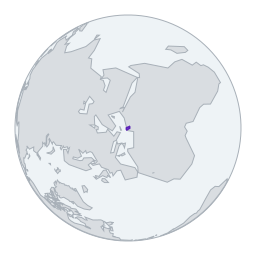 the Earth from above Al Qubbah, rotated 240°
{"feature_id": "LBY-2986", "entity_name": "Al Qubbah", "entity_type": "Municipality", "adm_level": 1, "iso_a3": "LBY", "parent_name": "Libya", "parent_adm1": "", "projection": "orthographic", "projection_center": [22.615, 31.87], "detail": "fine", "context": "on_globe", "style": "filled", "palette": "violet", "viewbox_px": 256, "rotation_deg": 240, "n_neighbors": 0, "source": "natural_earth", "source_scale": "10m", "svg_char_len": 10264}
<svg xmlns="http://www.w3.org/2000/svg" viewBox="0 0 256 256"><g transform="rotate(240 128 128)"><circle cx="128" cy="128" r="113" fill="#eef3f6" stroke="#a8b0b8"/><path d="M99.6,19.0L104.5,17.9L118.2,16.0L122.3,15.5L121.6,15.7L126.2,15.4L128.1,15.4L127.7,15.4L132.7,15.5L133.0,15.5L135.7,15.7L135.7,15.9L130.9,16.0L134.4,16.3L136.6,16.8L131.4,16.5L134.8,17.4L127.5,18.4L113.5,18.7L109.6,20.5L95.6,24.5L97.0,24.8L92.5,26.9L92.5,28.0L89.9,28.7L92.1,29.1L94.5,28.2L96.2,28.2L96.4,28.8L93.2,29.8L92.6,29.6L91.7,30.2L90.0,30.4L91.0,30.7L87.0,31.9L91.2,31.8L88.2,33.7L85.5,34.3L85.5,32.8L79.1,31.3L76.4,32.0L72.5,34.1L65.8,40.8L62.9,42.3L59.1,45.4L60.8,45.0L64.4,42.5L66.7,43.0L70.8,40.2L72.3,40.1L76.6,38.1L76.2,40.1L73.5,43.2L69.9,45.0L68.7,46.5L72.3,46.3L65.9,51.6L62.0,58.5L60.3,59.9L56.6,59.3L56.0,55.1L51.1,55.6L54.5,57.1L50.2,61.0L49.6,62.5L50.0,63.6L51.7,62.9L50.3,64.7L46.4,63.6L47.6,61.9L48.9,62.2L48.5,60.4L45.9,60.2L43.9,62.4L42.0,60.7L40.5,62.4L39.3,63.1L41.7,60.4L37.3,65.4L34.7,65.9L28.7,75.2L34.3,65.8L36.1,62.9L37.3,61.2L42.6,54.5L48.4,48.3L54.7,42.5L61.4,37.2L68.4,32.4L75.8,28.2L83.5,24.5L91.5,21.4L99.6,19.0ZM18.4,102.1L18.3,103.0L17.1,108.5L18.0,105.3L17.3,109.7L17.8,115.8L17.5,116.6L17.8,128.6L20.1,137.4L20.6,142.9L20.1,144.7L21.3,147.5L21.4,149.2L28.1,160.1L33.1,168.6L33.9,174.3L31.8,177.4L34.4,188.3L31.8,186.5L33.5,189.3L29.2,182.2L25.5,174.8L22.4,167.1L19.8,159.3L17.8,151.3L16.4,143.1L15.6,134.9L15.4,126.7L15.8,118.4L16.8,110.2L18.4,102.1ZM27.6,77.0L27.1,77.9L23.1,88.2L23.8,85.4L23.9,85.2L25.3,81.9L27.3,77.5L27.5,77.2L27.6,77.0ZM28.9,75.6L29.5,74.2L29.2,75.2L28.9,75.6ZM136.0,15.7L136.7,15.8L137.8,15.9L136.0,15.7ZM76.5,37.3L76.5,37.7L75.7,37.8L76.5,37.3ZM78.3,36.1L77.4,35.9L78.1,35.3L78.7,35.4L78.3,36.1ZM138.8,16.4L140.3,16.7L137.9,16.3L138.8,16.4ZM79.4,36.4L79.5,34.3L80.8,33.4L84.1,33.0L79.4,36.4ZM140.7,16.9L144.6,18.1L146.3,18.1L143.5,19.0L141.2,17.6L137.9,17.0L140.2,17.1L140.7,16.9ZM95.1,27.7L92.6,28.6L94.5,27.2L95.1,27.7ZM95.9,26.9L99.3,23.3L103.2,22.5L101.3,23.8L106.1,22.4L106.3,23.7L103.7,24.8L101.2,25.0L103.2,25.3L95.9,26.9ZM141.4,19.5L141.6,19.9L140.5,19.5L141.4,19.5ZM97.1,28.0L97.4,27.3L100.8,26.5L100.7,27.8L99.7,27.7L97.1,28.0ZM107.2,21.5L109.7,21.3L110.6,22.3L111.6,22.3L106.6,23.7L107.2,21.5ZM99.0,28.2L100.6,28.6L99.2,29.6L97.0,28.7L99.0,28.2ZM101.7,25.8L103.3,25.5L102.4,26.1L101.7,25.8ZM95.1,33.9L95.5,32.8L97.2,32.3L95.1,33.9ZM101.3,28.7L101.8,28.3L102.5,28.0L103.2,28.5L101.3,28.7ZM107.6,24.4L107.4,24.9L109.7,23.8L110.4,24.7L106.9,25.5L108.7,25.5L108.9,25.7L105.8,26.2L107.6,24.4ZM106.2,28.3L102.0,29.9L101.0,31.8L99.4,32.3L101.3,29.1L106.2,28.3ZM106.3,27.0L105.8,27.8L104.1,27.9L103.2,27.3L106.3,27.0ZM112.1,25.0L111.9,23.5L112.7,23.4L112.1,25.0ZM106.2,28.8L107.2,28.4L106.4,28.9L106.2,28.8ZM110.7,26.1L110.5,25.5L111.4,25.4L110.7,26.1ZM109.4,28.2L108.1,28.7L107.5,28.2L109.4,28.2ZM110.3,27.2L111.5,27.2L108.1,27.8L110.1,27.0L110.3,27.2ZM111.6,26.1L112.0,25.8L111.5,26.3L111.6,26.1ZM112.5,29.6L108.2,30.5L106.9,29.5L111.2,28.8L112.5,29.6ZM64.9,165.3L57.6,147.6L61.0,142.3L61.4,134.9L84.3,114.5L89.4,117.0L107.7,116.0L110.0,117.2L108.1,123.1L122.0,131.1L126.2,126.1L138.6,129.7L146.7,128.8L149.2,117.3L135.9,118.4L133.4,113.0L143.8,107.4L155.4,106.7L154.8,104.6L147.3,100.7L149.7,96.4L144.6,99.0L146.9,101.0L143.7,102.8L141.5,101.2L142.5,99.6L139.0,99.0L135.3,106.9L137.2,109.8L128.0,111.6L130.2,116.6L127.8,119.1L123.2,111.5L123.5,108.7L115.1,100.4L113.9,103.5L121.8,111.6L119.4,111.0L117.9,115.7L117.2,111.6L108.9,102.4L100.5,103.6L90.2,114.2L85.2,114.4L80.9,111.2L84.4,99.6L95.1,100.6L96.4,97.0L94.0,91.1L97.5,92.0L97.8,89.9L101.8,90.1L107.2,85.5L111.2,85.3L113.1,79.0L115.5,78.2L113.7,82.0L114.6,84.8L124.6,84.7L126.5,83.4L126.9,79.4L129.6,80.1L128.7,76.3L134.4,74.7L126.8,73.6L127.0,69.4L130.3,66.2L129.0,64.8L123.7,70.1L122.8,72.5L124.2,74.7L120.6,81.5L117.2,82.6L115.9,75.1L110.9,76.0L112.0,70.2L125.7,58.7L131.5,56.5L141.7,61.3L140.4,63.9L136.2,63.4L140.3,67.5L139.9,65.4L142.1,66.1L143.0,62.7L144.6,63.0L142.6,59.3L144.7,59.3L146.0,61.7L149.0,57.1L153.3,56.6L153.2,55.5L151.9,54.4L158.2,54.7L157.8,53.8L155.6,53.4L153.5,51.4L152.2,48.3L154.4,48.5L155.2,49.7L160.2,52.8L162.0,56.2L162.8,56.0L161.8,53.2L155.6,49.4L154.2,47.4L157.3,48.8L156.1,48.1L156.1,47.3L158.2,46.8L154.9,45.1L151.8,36.4L155.5,34.9L158.7,36.9L158.9,32.1L163.1,31.4L161.1,30.9L159.8,28.6L158.4,28.8L157.4,28.4L153.5,23.5L154.3,22.8L150.3,20.8L149.3,20.6L148.4,20.9L143.5,19.0L146.3,18.1L148.6,18.5L148.8,17.9L153.9,19.1L158.2,20.0L163.6,22.1L166.6,22.9L166.3,22.6L170.1,23.7L178.8,27.6L172.9,25.6L160.1,21.5L165.4,23.1L164.5,23.2L166.7,24.2L170.4,25.5L170.6,25.3L178.4,30.9L188.1,36.8L186.6,34.5L188.5,34.8L198.2,41.1L211.7,55.1L214.3,56.9L216.4,59.2L218.2,62.2L215.3,58.9L214.7,59.2L212.7,57.0L214.7,61.1L212.0,58.3L214.9,63.2L216.9,64.7L216.1,61.8L219.8,67.7L222.6,69.6L226.0,74.5L231.7,87.8L232.8,94.9L233.5,96.9L232.4,96.5L233.3,102.2L237.4,109.1L238.1,112.1L238.4,121.3L238.0,119.2L235.0,118.4L236.2,126.2L238.5,128.7L239.4,134.5L238.4,135.0L237.3,130.0L236.2,129.6L235.2,123.0L231.9,115.3L230.7,119.6L229.6,115.8L224.8,110.8L222.5,116.9L219.6,132.3L221.2,142.5L219.3,148.6L212.1,137.7L208.4,128.8L206.0,131.2L198.4,125.7L185.9,130.5L183.9,128.3L181.6,130.4L176.1,129.3L173.0,125.6L169.8,126.8L178.2,136.5L181.6,135.2L184.1,129.8L185.8,133.6L191.0,135.5L186.1,147.5L167.2,161.3L164.9,153.9L148.7,134.3L149.0,131.7L148.9,131.5L148.7,131.0L147.6,135.3L144.6,131.2L153.7,145.6L155.4,151.9L166.9,161.8L165.9,163.2L169.5,164.9L180.6,159.2L180.7,161.7L175.7,174.7L160.0,192.6L161.9,201.5L160.5,209.0L150.3,215.1L150.9,220.0L145.6,222.3L145.0,224.9L140.5,227.9L133.2,230.7L121.1,230.8L120.7,228.7L115.1,224.1L107.5,211.4L110.8,205.4L109.8,200.3L101.1,187.6L103.0,180.8L100.6,177.5L95.7,177.7L92.9,173.7L89.8,173.2L70.8,171.8L64.9,165.3ZM76.8,126.4L76.2,128.6L76.8,126.4ZM167.9,111.8L174.6,110.6L171.0,104.2L173.2,103.3L171.2,101.6L170.7,103.8L165.5,98.9L168.2,96.2L167.0,93.3L164.7,93.6L160.7,99.5L168.1,106.3L166.8,109.6L167.9,111.8ZM17.9,115.9L17.8,117.8L17.6,116.8L17.9,115.9ZM23.1,87.1L22.6,88.5L22.1,89.9L22.3,89.3L23.1,87.1ZM21.2,97.9L21.1,99.8L20.8,98.7L21.2,97.9ZM22.6,89.8L21.3,96.6L20.9,95.1L21.9,90.9L21.7,92.5L22.6,89.8ZM27.5,77.9L27.0,79.0L26.6,79.7L27.5,77.9ZM28.7,76.3L28.7,76.1L29.3,74.9L28.7,76.3ZM50.4,61.1L50.7,61.2L50.7,62.5L50.0,62.5L50.4,61.1ZM55.5,65.6L53.1,68.5L54.3,66.3L52.7,66.6L53.2,62.5L59.5,60.4L56.6,62.0L55.5,65.6ZM55.6,56.9L54.6,59.5L55.5,56.8L55.6,56.9ZM95.6,78.9L97.1,80.4L95.6,82.7L90.5,83.8L92.5,80.4L95.6,78.9ZM99.4,82.2L99.5,74.9L102.6,74.2L100.9,75.8L103.0,76.1L100.6,78.7L103.6,85.5L102.6,88.0L93.7,88.1L97.2,86.5L95.6,85.0L99.4,82.2ZM94.0,60.1L94.0,57.6L100.8,59.2L100.0,61.4L94.8,62.3L92.8,60.4L94.0,60.1ZM85.2,36.5L84.8,36.0L85.7,35.7L86.8,35.9L85.2,36.5ZM95.1,33.4L88.0,38.7L87.1,38.3L83.9,42.3L80.5,42.8L82.7,40.2L77.6,43.7L78.2,41.6L75.0,44.2L80.2,38.2L80.6,36.7L81.5,38.2L84.7,37.7L86.2,37.0L90.6,34.0L92.8,30.6L96.3,29.9L98.2,30.2L98.2,30.9L95.9,31.1L97.5,31.9L94.2,32.8L95.1,33.4ZM118.2,38.6L115.6,37.9L118.3,40.8L115.0,41.2L115.5,41.5L113.2,42.8L111.3,44.9L109.8,44.8L109.7,45.7L108.2,46.6L107.6,47.9L104.7,48.2L103.7,49.8L102.8,49.1L101.9,51.8L101.3,50.0L99.3,51.2L100.9,52.3L86.5,52.4L81.0,54.4L76.7,57.1L76.2,53.9L79.8,49.5L85.5,45.2L90.9,44.0L89.7,42.9L91.9,42.1L92.0,43.2L93.3,41.0L95.1,40.6L100.2,37.7L100.9,34.9L102.7,33.9L103.4,34.8L104.8,33.1L107.3,34.3L108.7,33.6L112.5,34.3L112.9,36.7L114.5,35.8L117.5,36.4L118.2,38.6ZM113.5,29.9L114.8,32.3L113.6,33.9L107.4,32.2L105.8,32.6L101.8,31.9L103.6,29.8L104.6,30.1L105.9,30.0L104.8,30.7L106.7,30.1L108.2,30.6L110.0,30.4L109.9,31.2L113.5,29.9ZM112.5,115.0L114.3,115.3L117.1,115.2L116.2,118.3L112.5,115.0ZM106.8,108.8L108.4,108.5L108.4,112.5L106.6,112.3L106.8,108.8ZM109.2,105.1L108.4,108.2L107.7,106.4L109.2,105.1ZM115.1,81.7L116.8,81.2L117.0,82.1L116.1,83.5L115.1,81.7ZM125.5,48.4L124.2,47.5L124.7,47.0L123.7,44.3L126.1,44.0L127.6,45.5L125.5,48.4ZM147.0,119.5L144.7,121.9L143.4,121.0L144.5,120.3L147.0,119.5ZM129.7,120.5L133.7,121.7L129.4,121.3L129.7,120.5ZM127.9,47.6L127.3,46.4L128.9,47.0L127.9,47.6ZM127.8,43.7L129.6,44.0L126.3,43.7L127.8,43.7ZM178.8,203.9L170.3,217.4L165.3,218.6L164.8,215.5L168.2,207.7L174.2,204.2L177.3,200.0L178.8,203.9ZM239.3,145.6L238.9,146.9L239.3,144.6L239.7,142.4L239.3,145.6ZM239.3,144.8L238.4,144.2L235.0,136.5L236.3,134.7L239.3,136.9L239.2,138.7L239.8,139.8L239.3,144.8ZM240.4,135.1L240.4,135.4L240.4,131.1L240.4,127.7L240.5,126.4L239.6,112.8L240.6,123.9L240.4,135.1ZM221.6,143.1L224.0,147.6L222.7,149.6L221.6,143.1ZM238.4,105.6L239.1,109.4L237.6,102.1L237.7,102.6L238.4,105.6ZM236.7,98.5L236.6,98.0L236.3,97.2L236.7,98.5ZM234.6,99.6L234.6,101.5L234.0,100.2L233.7,96.9L234.6,99.6ZM228.6,78.8L230.7,82.8L231.4,84.4L230.4,82.7L228.6,78.8ZM147.1,45.0L145.8,48.9L146.5,52.0L149.3,53.8L144.8,53.1L143.8,48.4L147.1,45.0ZM151.0,37.3L148.5,36.0L149.9,35.7L150.6,35.9L151.0,37.3ZM149.2,37.1L145.6,37.3L144.4,36.0L147.5,36.1L149.2,37.1ZM136.8,42.0L136.2,43.1L135.0,42.6L136.8,42.0ZM236.2,96.8L236.3,97.0L233.8,89.7L233.3,88.2L235.4,94.2L235.5,94.4L236.2,96.8ZM216.8,58.9L215.5,57.3L214.4,55.8L215.6,57.3L216.8,58.9ZM211.1,52.0L213.7,55.0L216.7,59.1L217.0,59.2L219.8,62.9L218.1,61.1L214.2,56.0L212.3,53.5L209.8,50.7L207.0,47.7L204.1,45.1L202.1,43.3L204.2,45.0L206.3,47.1L211.1,52.0ZM202.9,44.1L196.8,39.3L195.7,38.1L196.9,38.9L200.1,41.5L200.4,42.0L202.9,44.1ZM195.0,37.9L195.2,38.3L186.8,34.0L184.8,32.9L190.7,35.1L191.2,35.8L193.5,37.1L195.0,37.9ZM142.8,19.9L141.7,19.9L142.2,19.6L142.8,19.9ZM156.7,28.5L155.3,28.0L155.9,27.6L156.7,28.5ZM151.8,26.3L152.0,27.1L150.8,26.1L151.8,26.3ZM152.8,29.1L151.7,27.4L154.1,29.2L152.8,29.1Z" fill="#d9dde1" stroke="#a8b0b8" stroke-width="1"/><path d="M127.0,125.9L127.3,125.9L127.3,126.0L127.5,126.0L127.8,126.2L128.3,126.3L128.5,126.4L128.7,126.5L128.8,126.5L128.8,126.8L128.9,127.0L128.8,126.9L128.8,127.0L129.0,127.2L129.0,127.3L129.0,127.5L128.9,127.7L128.8,128.0L128.8,128.4L128.8,128.7L128.6,128.9L128.6,129.3L128.6,129.6L128.6,130.1L128.3,130.1L128.1,130.1L127.8,129.9L127.7,129.7L127.4,129.4L127.2,129.5L126.8,129.2L126.9,128.9L126.9,128.5L127.0,128.4L127.0,128.2L127.0,127.6L126.9,127.5L126.9,127.3L126.9,127.1L127.0,126.9L127.0,126.7L127.0,126.4L126.9,126.3L126.9,126.1L127.0,126.0L127.0,125.9Z" fill="#8b5cf6" stroke="#5b21b6" stroke-width="1.5"/></g></svg>